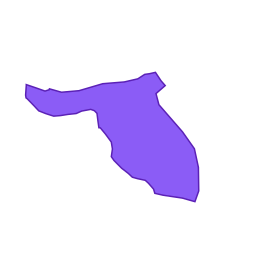 the Municipality of Gazi Baba, rotated 139°
{"feature_id": "MKD-2929", "entity_name": "Gazi Baba", "entity_type": "Municipality", "adm_level": 1, "iso_a3": "MKD", "parent_name": "North Macedonia", "parent_adm1": "", "projection": "natural_earth1", "projection_center": [21.524, 42.006], "detail": "fine", "context": "isolated", "style": "filled", "palette": "violet", "viewbox_px": 256, "rotation_deg": 139, "n_neighbors": 0, "source": "natural_earth", "source_scale": "10m", "svg_char_len": 851}
<svg xmlns="http://www.w3.org/2000/svg" viewBox="0 0 256 256"><g transform="rotate(139 128 128)"><path d="M72.1,137.2L72.1,135.6L84.3,135.6L89.4,125.3L89.4,111.2L89.4,100.9L89.4,89.3L91.5,68.8L100.7,52.1L115.9,34.1L125.8,28.5L133.0,39.5L145.5,54.1L150.6,61.1L148.8,65.1L148.8,72.8L149.3,77.2L154.1,83.6L157.0,88.0L157.6,93.7L159.2,101.8L159.9,112.6L159.4,117.3L153.5,122.4L149.8,128.4L149.0,138.2L148.8,146.3L149.8,147.3L146.3,152.7L141.8,159.4L142.0,163.1L143.9,166.5L151.9,171.2L157.6,172.9L164.3,177.6L170.7,181.6L176.3,185.7L180.6,192.8L184.1,199.5L184.4,207.6L184.9,216.4L185.2,217.6L183.7,220.0L176.9,226.8L176.3,227.5L171.0,218.4L166.4,210.3L162.4,208.6L161.6,209.1L154.7,198.6L140.5,188.3L118.0,178.0L100.6,165.2L88.4,158.7L80.2,157.5L76.2,154.9L70.8,152.0L72.1,142.0L72.1,137.2Z" fill="#8b5cf6" stroke="#5b21b6" stroke-width="1.5"/></g></svg>